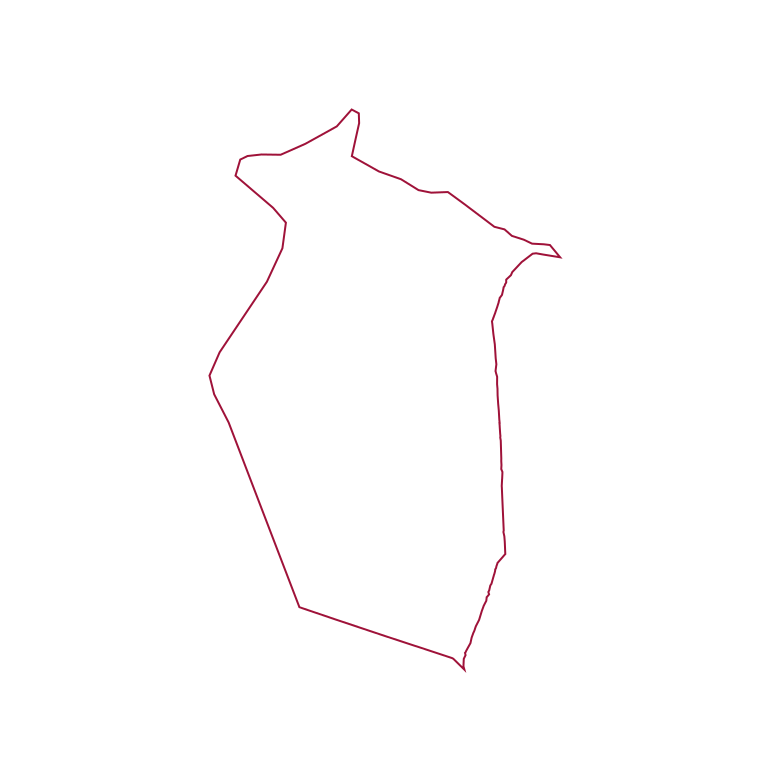 Keilak, South Kordufan, Sudan (orthographic projection), rotated 46°
{"feature_id": "16777658B16982967361933", "entity_name": "Keilak", "entity_type": "district", "adm_level": 2, "iso_a3": "SDN", "parent_name": "Sudan", "parent_adm1": "South Kordufan", "projection": "orthographic", "projection_center": [29.554, 10.642], "detail": "fine", "context": "isolated", "style": "outline", "palette": "rose", "viewbox_px": 768, "rotation_deg": 46, "n_neighbors": 0, "source": "geoboundaries", "source_scale": "gbopen_adm2", "svg_char_len": 2721}
<svg xmlns="http://www.w3.org/2000/svg" viewBox="0 0 768 768"><g transform="rotate(46 384 384)"><path d="M492.8,328.4L492.3,328.1L492.4,327.9L489.6,325.7L483.0,320.0L478.9,316.7L478.0,316.0L471.0,310.1L466.3,305.7L462.7,302.8L462.1,302.2L457.4,297.6L454.1,295.9L452.6,295.0L452.3,294.9L452.2,294.8L450.8,293.1L447.9,289.5L445.2,287.4L443.1,285.8L438.3,281.7L432.4,276.7L425.8,271.9L423.9,270.5L416.6,264.8L415.6,264.0L415.4,263.9L415.0,263.6L413.9,262.8L413.8,262.5L413.1,260.8L412.8,260.2L412.3,259.3L412.3,259.1L411.8,258.2L410.0,254.4L409.7,253.9L409.6,253.7L407.2,249.0L406.1,247.0L405.0,244.9L404.7,244.6L402.8,241.4L402.5,241.1L401.9,237.4L401.7,236.9L401.5,236.7L399.4,233.4L397.8,231.1L397.5,230.8L397.3,229.4L397.2,229.1L396.7,228.2L396.4,227.7L396.3,227.3L396.0,226.0L395.8,225.5L394.1,223.9L393.9,223.7L393.8,223.3L393.9,217.1L392.6,214.0L392.1,204.2L391.9,200.2L392.3,197.3L392.4,196.2L393.5,186.6L395.6,183.8L401.4,179.6L404.2,177.5L415.2,169.3L399.3,168.1L394.5,172.0L385.9,180.0L377.3,183.2L366.3,189.1L356.5,189.9L347.6,195.4L310.6,201.2L290.3,204.7L279.2,217.1L268.5,224.5L248.6,229.5L227.6,240.0L197.8,248.9L188.6,235.1L179.1,220.7L171.8,214.1L164.1,216.6L165.9,239.0L156.6,273.7L147.3,299.1L133.8,312.7L125.2,323.8L122.7,331.5L131.0,346.1L180.3,341.4L199.8,342.5L215.8,362.8L229.1,397.2L247.0,480.2L256.7,503.7L273.4,513.3L303.8,522.5L390.5,559.4L485.8,599.9L519.2,582.7L567.6,557.5L594.9,543.1L595.0,543.0L628.5,525.4L629.8,525.0L630.0,525.0L637.7,524.8L645.3,524.6L642.2,522.9L637.1,517.5L635.7,513.7L633.9,512.6L633.7,512.5L633.7,512.0L633.4,511.1L633.1,510.4L632.0,506.9L631.3,504.6L630.6,502.3L630.5,501.9L627.3,497.1L625.0,492.4L624.8,491.9L624.7,491.4L624.6,491.2L623.7,489.3L623.5,489.0L622.4,486.9L622.3,486.6L622.1,486.3L619.8,479.6L619.6,479.2L616.5,473.6L615.1,471.1L614.6,470.0L613.1,466.9L612.9,466.6L612.0,464.0L611.2,461.6L611.0,461.0L609.1,458.7L608.7,458.3L608.7,457.9L608.4,455.1L608.3,454.5L606.8,453.8L606.4,453.6L606.1,453.4L605.7,452.2L605.6,451.8L603.0,447.8L602.8,447.5L602.4,445.8L602.4,445.5L602.2,445.2L599.0,439.7L598.5,438.8L597.7,437.5L597.4,436.8L596.1,434.6L595.9,434.3L595.3,433.5L594.8,433.0L594.6,432.7L594.5,432.0L594.4,431.9L594.4,431.7L594.2,431.2L593.1,429.6L592.9,429.1L591.8,427.0L591.5,426.5L591.5,425.8L590.6,415.4L590.6,414.9L582.6,407.8L581.0,406.4L577.1,403.2L575.0,401.9L573.4,400.9L572.5,399.6L548.5,378.4L540.4,371.2L539.2,370.2L535.2,365.9L534.5,365.2L534.4,365.0L530.6,361.0L529.5,359.9L527.8,359.2L527.3,359.0L526.7,358.8L523.9,355.8L520.9,353.2L519.1,351.4L505.8,339.3L504.2,338.2L503.4,337.7L502.6,336.8L502.3,336.4L501.5,335.8L500.5,335.0L495.3,330.6L493.7,329.2L493.0,328.7L492.8,328.4Z" fill="none" stroke="#9f1239" stroke-width="2"/></g></svg>